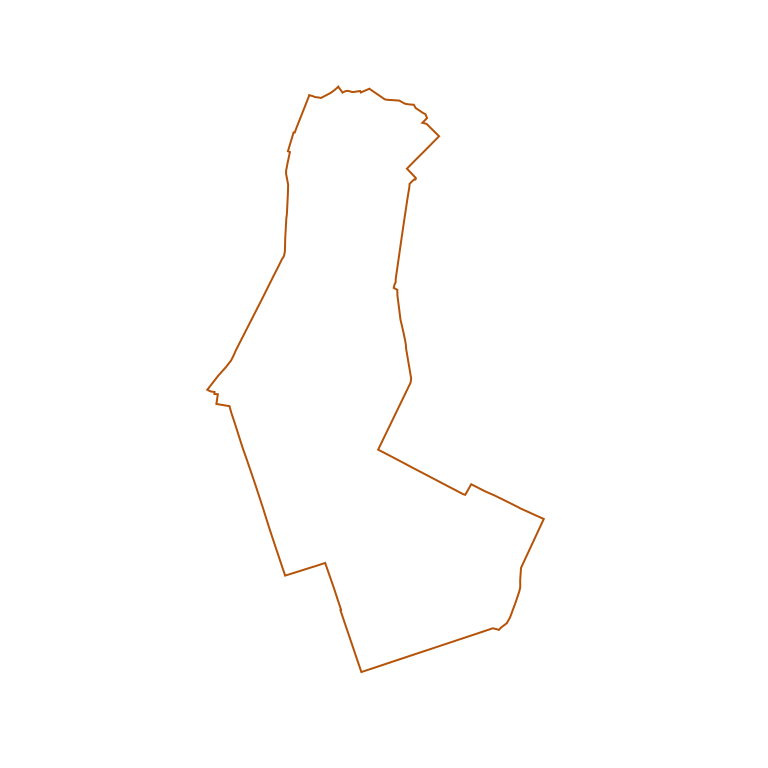 the district of Segarcea-Vale, Teleorman, Romania, rotated 134°
{"feature_id": "2599482B59807133225693", "entity_name": "Segarcea-Vale", "entity_type": "district", "adm_level": 2, "iso_a3": "ROU", "parent_name": "Romania", "parent_adm1": "Teleorman", "projection": "albers", "projection_center": [24.796, 43.848], "detail": "fine", "context": "isolated", "style": "outline", "palette": "amber", "viewbox_px": 768, "rotation_deg": 134, "n_neighbors": 0, "source": "geoboundaries", "source_scale": "gbopen_adm2", "svg_char_len": 2434}
<svg xmlns="http://www.w3.org/2000/svg" viewBox="0 0 768 768"><g transform="rotate(134 384 384)"><path d="M255.5,627.0L260.3,625.0L265.1,622.9L265.8,623.8L283.3,614.8L282.5,612.8L293.1,606.2L295.0,604.9L298.4,602.7L300.7,600.6L307.3,591.3L315.5,583.9L328.3,572.7L331.0,570.5L331.9,570.0L348.0,556.1L357.0,547.8L359.5,546.0L362.1,544.6L364.9,544.2L372.5,541.7L383.7,538.3L407.8,530.7L411.1,529.7L414.4,528.7L463.2,513.8L467.1,512.3L473.4,510.3L474.4,510.2L479.2,509.7L482.2,509.4L493.2,509.0L510.9,507.1L509.8,503.6L507.5,500.3L509.0,499.1L506.8,496.4L514.8,490.7L507.8,480.5L507.2,479.9L510.8,473.8L515.9,464.0L527.4,442.7L534.1,429.4L546.0,406.2L557.5,384.5L567.7,365.8L574.5,352.8L585.7,331.3L590.5,322.0L567.3,309.4L562.8,306.9L553.6,302.0L566.2,277.1L571.3,267.5L576.3,257.9L577.0,258.2L602.0,209.8L606.9,200.2L484.1,136.0L481.9,132.3L481.2,130.6L477.8,130.6L470.7,129.5L469.3,129.9L464.3,131.2L449.5,137.7L439.2,142.6L435.7,144.7L430.7,149.6L421.1,157.7L404.0,163.6L370.1,175.3L372.5,181.9L374.8,188.4L378.9,199.9L379.3,201.6L382.8,212.7L387.3,226.8L391.1,237.0L395.5,251.6L397.2,251.2L399.1,250.7L407.2,248.6L407.3,248.6L408.2,250.3L414.7,272.4L418.6,285.7L424.6,306.0L425.7,309.9L431.6,330.2L435.3,342.6L364.6,365.8L361.2,368.2L360.0,369.9L355.1,376.5L343.5,392.3L340.8,395.3L338.1,398.9L333.2,406.1L329.3,412.1L326.3,416.8L323.3,420.5L313.7,432.5L310.7,436.2L307.0,439.8L308.1,443.8L305.0,445.6L302.8,446.3L302.0,446.9L300.5,448.4L281.8,461.9L264.9,474.1L252.2,483.2L233.8,496.3L224.8,502.5L222.3,504.6L220.0,504.6L219.7,504.6L215.8,504.4L215.4,503.6L214.3,503.6L213.7,504.4L213.5,508.7L213.2,517.1L201.7,517.0L192.1,516.8L187.1,516.7L176.8,516.6L167.5,516.5L167.4,528.0L167.3,534.1L169.2,537.5L169.4,537.8L162.8,537.8L161.1,541.6L162.0,544.5L162.6,547.9L162.6,548.1L162.6,548.3L162.9,549.7L163.3,552.0L163.5,552.8L162.4,556.5L165.7,560.5L167.8,563.6L169.4,569.4L169.5,569.9L177.4,579.2L178.7,581.2L181.7,599.2L181.7,599.6L190.4,603.2L189.8,604.7L194.8,608.5L195.3,608.8L195.8,609.4L196.3,610.1L196.7,610.9L197.2,611.9L197.8,612.8L198.2,613.5L198.7,614.1L199.7,614.8L201.0,615.5L202.1,615.9L203.2,616.2L202.5,620.0L202.2,622.4L201.8,623.4L203.5,623.5L206.1,623.7L207.1,623.8L208.8,624.1L210.6,624.4L212.1,624.7L214.4,625.5L218.6,626.9L222.0,628.0L223.3,630.0L225.1,632.4L225.6,633.2L226.4,635.2L227.5,637.2L228.1,638.5L228.7,638.2L229.4,637.8L236.6,634.8L255.5,627.0Z" fill="none" stroke="#b45309" stroke-width="2"/></g></svg>